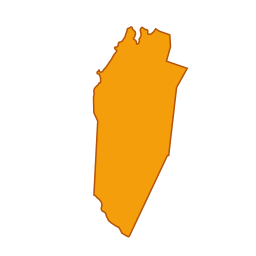 Crownlands/Marc, Castries, Saint Lucia (Robinson projection), rotated 19°
{"feature_id": "8701671B44468241471992", "entity_name": "Crownlands/Marc", "entity_type": "district", "adm_level": 2, "iso_a3": "LCA", "parent_name": "Saint Lucia", "parent_adm1": "Castries", "projection": "robinson", "projection_center": [-60.974, 13.951], "detail": "fine", "context": "isolated", "style": "filled", "palette": "amber", "viewbox_px": 256, "rotation_deg": 19, "n_neighbors": 0, "source": "geoboundaries", "source_scale": "gbopen_adm2", "svg_char_len": 4648}
<svg xmlns="http://www.w3.org/2000/svg" viewBox="0 0 256 256"><g transform="rotate(19 128 128)"><path d="M163.7,230.8L164.5,229.6L174.2,141.1L175.4,140.7L160.8,74.2L160.7,74.0L164.6,52.3L142.6,52.3L141.7,37.2L137.2,26.3L126.2,26.3L121.9,25.2L120.9,28.8L119.2,31.6L117.1,32.7L116.1,32.6L115.6,31.6L115.0,29.5L113.7,28.8L112.2,29.3L109.9,28.5L108.3,28.3L107.5,30.2L107.8,31.6L109.9,35.2L110.2,36.6L110.1,38.8L109.5,40.3L110.4,42.1L110.5,44.0L109.8,45.5L109.0,45.7L108.3,44.8L107.6,43.4L106.5,42.7L104.3,42.0L104.2,40.6L104.6,39.5L104.5,36.5L103.4,34.6L101.6,33.7L100.8,33.4L100.7,33.3L100.5,33.2L100.3,33.1L100.2,32.9L100.1,32.7L99.9,32.5L99.8,32.3L99.6,32.2L99.4,32.0L99.3,31.8L99.1,31.7L98.8,31.4L98.6,31.4L98.4,31.5L98.1,31.5L97.9,31.6L97.7,31.7L97.6,31.9L97.4,32.1L97.3,32.3L97.2,32.5L96.9,32.8L96.6,33.0L96.4,33.2L96.3,33.3L96.2,33.5L95.9,33.7L95.5,34.0L95.4,34.1L95.2,34.3L95.2,34.5L95.2,34.9L95.2,35.1L95.3,35.3L95.3,35.6L95.4,35.8L95.4,36.0L95.4,36.5L95.5,38.1L95.4,38.4L95.4,38.5L95.4,39.0L95.4,39.3L95.4,39.7L95.4,40.0L95.4,40.6L95.4,41.1L95.5,41.3L95.5,41.5L95.5,42.4L95.5,42.6L95.5,42.8L95.4,43.1L95.4,43.3L95.3,43.5L95.2,43.9L95.2,44.1L95.2,44.3L95.1,44.5L95.0,44.9L94.9,45.3L94.9,45.5L94.7,46.0L94.5,46.6L94.4,46.9L94.3,47.1L94.3,47.3L94.2,47.6L94.1,47.8L93.9,48.1L93.8,48.3L93.7,48.5L93.4,48.8L93.2,48.9L92.9,49.0L92.6,49.2L92.5,49.3L92.3,49.4L92.1,49.5L91.9,49.6L91.8,49.8L91.6,49.9L91.5,50.1L91.5,50.3L91.4,50.5L91.3,51.0L91.4,51.4L91.4,51.7L91.5,51.9L91.6,52.1L91.7,52.3L91.8,52.5L91.8,53.0L91.8,53.3L91.7,53.6L91.7,53.8L91.6,54.0L91.4,54.4L91.2,54.6L91.0,54.9L90.8,55.1L90.7,55.2L90.5,55.4L90.4,55.5L90.2,55.6L89.8,55.6L89.6,55.7L89.4,55.8L89.3,56.0L89.3,56.5L89.4,56.8L89.5,57.0L89.8,57.3L90.0,57.4L90.2,57.6L90.3,57.6L90.5,57.7L90.7,57.8L90.9,57.8L91.2,57.9L91.3,57.9L91.5,58.0L91.9,58.2L92.0,58.4L92.2,58.5L92.2,58.8L92.2,59.0L92.2,59.4L92.2,59.6L92.1,59.8L92.1,60.0L92.0,60.3L91.9,60.5L91.6,61.3L91.5,61.6L91.4,61.9L91.3,62.1L91.2,62.3L91.1,62.5L91.0,62.9L91.0,63.0L90.9,63.2L90.8,63.7L90.8,63.9L90.7,64.1L90.7,64.3L90.6,64.6L90.6,64.9L90.5,65.2L90.5,65.4L90.5,65.6L90.4,65.8L90.4,66.0L90.3,66.6L90.2,66.8L90.2,67.0L90.2,67.3L90.1,67.7L90.0,68.0L90.0,68.4L89.9,68.7L89.8,68.9L89.8,69.1L89.7,69.3L89.6,69.6L89.6,69.8L89.5,70.0L89.5,70.3L89.4,70.5L89.3,71.0L89.2,71.1L89.1,71.3L89.1,71.5L89.0,71.8L88.9,72.0L88.8,72.3L88.8,72.5L88.7,72.9L88.7,73.1L88.6,73.4L88.5,73.8L88.4,74.0L88.3,74.3L88.3,74.5L88.2,74.9L88.1,75.1L88.1,75.3L88.0,75.6L87.9,75.8L87.8,76.0L87.7,76.4L87.6,76.9L87.5,77.3L87.4,77.5L87.2,77.9L87.1,78.1L86.9,78.8L86.8,79.0L86.7,79.2L86.6,79.4L86.5,79.6L86.5,79.8L86.4,80.0L86.2,80.4L86.1,80.7L86.0,81.0L85.9,81.5L85.8,81.9L85.7,82.1L85.6,82.5L85.5,82.8L85.3,83.1L85.2,83.3L84.9,83.5L84.6,83.8L84.3,84.0L84.2,84.0L83.8,84.1L83.6,84.1L83.4,84.1L83.1,84.1L82.9,84.0L82.7,83.9L82.4,83.6L82.2,83.3L82.1,83.1L81.9,82.7L81.7,82.6L81.6,82.9L81.5,83.2L81.3,83.6L81.3,84.1L80.7,85.0L80.6,85.4L81.1,86.4L81.4,86.7L82.8,86.5L83.2,86.4L83.5,86.7L83.9,87.1L84.1,87.7L84.3,87.8L85.5,89.2L85.8,89.6L86.5,91.6L86.8,92.3L86.9,92.9L87.0,93.3L87.2,93.7L87.2,94.2L86.2,94.6L85.9,95.0L85.7,95.6L85.8,96.5L85.8,96.9L85.0,98.0L84.5,98.6L84.3,99.3L84.3,99.7L83.7,101.0L83.4,101.5L83.5,102.1L83.5,103.6L83.8,104.4L84.2,105.2L84.7,106.6L85.3,108.5L85.3,110.0L90.7,124.6L97.1,131.3L117.6,202.5L117.8,202.5L118.1,202.5L118.3,202.6L118.6,202.6L118.8,202.6L119.1,202.8L119.5,202.9L119.9,203.0L120.1,203.1L120.4,203.2L120.5,203.3L120.8,203.5L121.0,203.6L121.2,203.8L121.5,204.0L121.8,204.1L122.0,204.2L122.3,204.3L122.8,204.4L123.0,204.5L123.4,204.6L123.6,204.7L123.7,204.8L123.9,204.9L124.0,204.9L124.1,205.0L124.3,205.1L124.5,205.2L124.7,205.3L125.0,205.5L125.7,205.9L125.9,206.0L126.1,206.1L126.2,206.3L126.4,206.4L126.5,206.6L126.8,206.9L127.1,207.1L127.4,207.4L127.5,207.6L127.7,207.9L127.8,208.0L128.0,208.4L128.1,208.7L128.2,208.9L128.2,209.0L128.3,209.2L128.4,209.6L128.4,209.8L128.5,210.1L128.5,210.3L128.6,210.5L128.7,210.8L128.7,211.0L128.8,211.4L128.8,211.6L128.8,211.8L128.8,212.1L128.9,212.5L128.9,212.9L129.0,213.0L129.1,213.4L129.2,213.5L129.3,213.6L129.4,213.8L129.6,214.0L130.0,214.4L130.3,214.6L130.6,214.7L130.9,214.9L131.1,214.9L131.4,215.0L131.6,215.0L132.1,215.1L132.4,215.1L132.6,215.2L132.9,215.3L133.1,215.3L133.4,215.4L133.5,215.5L133.8,215.6L134.0,215.6L134.3,215.8L134.6,216.0L134.8,216.2L135.1,216.6L135.3,216.9L135.4,217.0L135.5,217.2L135.6,217.3L135.8,217.5L136.0,217.9L136.0,218.1L137.0,219.1L138.3,220.2L139.3,221.5L140.3,222.1L143.4,223.3L145.0,223.7L147.0,224.2L148.3,224.6L151.6,225.0L152.7,225.8L155.5,228.4L156.2,229.2L159.8,230.1L163.7,230.8Z" fill="#f59e0b" stroke="#b45309" stroke-width="1.5"/></g></svg>